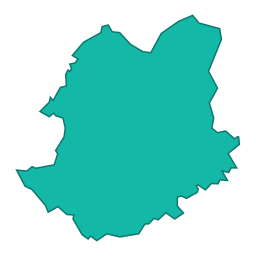 Demir Kapija, Demir Kapija, North Macedonia
{"feature_id": "65306769B1402835444879", "entity_name": "Demir Kapija", "entity_type": "district", "adm_level": 2, "iso_a3": "MKD", "parent_name": "North Macedonia", "parent_adm1": "Demir Kapija", "projection": "equal_earth", "projection_center": [22.242, 41.393], "detail": "fine", "context": "isolated", "style": "filled", "palette": "teal", "viewbox_px": 256, "rotation_deg": 0, "n_neighbors": 0, "source": "geoboundaries", "source_scale": "gbopen_adm2", "svg_char_len": 1191}
<svg xmlns="http://www.w3.org/2000/svg" viewBox="0 0 256 256"><path d="M217.5,88.2L208.5,71.3L221.4,39.4L219.7,28.7L198.9,23.0L192.6,15.4L178.7,21.3L161.3,33.4L150.8,52.7L142.9,51.7L130.5,44.4L119.7,32.6L112.2,31.8L108.2,25.0L102.2,26.6L100.9,32.6L83.6,42.2L72.3,55.5L78.1,58.9L75.2,62.9L69.9,64.1L71.5,68.8L69.8,71.5L68.0,70.0L65.7,74.5L66.4,86.0L60.4,87.4L53.1,100.5L50.4,97.3L49.3,102.2L40.0,111.5L49.3,116.7L53.8,113.1L55.7,115.8L63.0,118.1L65.3,127.9L64.0,137.1L55.6,150.6L57.7,153.8L54.2,164.8L35.8,168.3L32.1,166.7L26.8,171.0L16.6,170.1L25.1,186.2L32.0,189.5L45.3,205.2L48.2,212.2L57.9,206.6L66.9,214.5L73.8,215.0L73.0,219.0L82.1,234.7L88.1,239.0L90.7,236.1L96.8,240.6L106.9,233.8L119.8,236.9L138.7,233.8L144.9,224.1L148.8,223.8L153.9,218.4L158.3,219.8L165.8,212.7L174.7,219.0L183.5,213.1L177.3,206.0L177.4,197.1L181.6,195.9L186.4,198.4L197.1,192.4L198.3,189.1L196.2,185.9L197.8,184.8L205.5,189.9L211.4,183.5L218.1,183.8L219.8,179.8L227.5,180.5L222.0,171.0L228.7,172.5L231.0,167.9L236.6,167.9L228.1,153.4L239.4,144.4L238.6,136.9L237.6,136.7L234.5,138.9L225.6,131.0L217.5,132.7L211.9,128.1L213.7,117.9L209.3,102.9L217.5,88.2Z" fill="#14b8a6" stroke="#0f766e" stroke-width="1.5"/></svg>